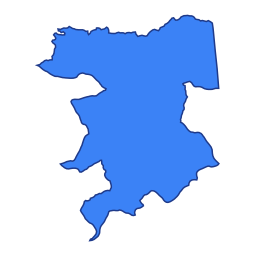 the district of Águas Vermelhas, Minas Gerais, Brazil
{"feature_id": "56859067B86331231405573", "entity_name": "Águas Vermelhas", "entity_type": "district", "adm_level": 2, "iso_a3": "BRA", "parent_name": "Brazil", "parent_adm1": "Minas Gerais", "projection": "mercator", "projection_center": [-41.555, -15.724], "detail": "fine", "context": "isolated", "style": "filled", "palette": "blue", "viewbox_px": 256, "rotation_deg": 0, "n_neighbors": 0, "source": "geoboundaries", "source_scale": "gbopen_adm2", "svg_char_len": 5684}
<svg xmlns="http://www.w3.org/2000/svg" viewBox="0 0 256 256"><path d="M208.3,20.6L206.4,21.5L204.3,21.0L202.4,20.5L200.5,20.9L198.9,19.7L197.1,19.5L195.4,19.1L194.3,17.4L192.8,16.3L191.5,15.9L189.8,15.9L187.5,15.4L185.9,15.6L183.9,15.7L182.3,16.4L180.9,17.1L179.9,18.5L178.7,19.4L177.2,20.1L175.5,20.1L173.6,17.8L171.9,18.2L171.1,19.3L169.9,20.5L168.6,22.2L166.8,23.6L165.1,24.3L164.1,26.1L162.0,27.0L160.3,27.7L159.7,29.2L158.5,30.7L156.4,30.1L154.6,29.4L152.8,29.9L151.4,30.9L150.2,31.8L149.2,32.8L148.1,34.2L147.2,35.7L145.7,36.2L143.8,35.8L142.0,35.3L140.1,35.7L137.8,36.4L136.8,35.1L135.9,33.9L135.4,32.0L133.0,32.2L131.1,32.9L129.1,32.5L127.0,32.7L125.1,33.7L123.5,32.9L122.1,32.8L120.3,32.9L118.7,32.3L117.1,32.7L115.3,33.5L113.3,33.5L111.3,33.4L108.7,32.9L108.8,31.2L108.5,29.5L107.7,27.9L106.6,27.2L104.5,28.9L103.0,29.2L101.1,29.7L99.7,28.3L98.0,27.9L96.5,28.0L96.1,29.6L94.5,29.9L92.8,30.5L91.0,31.5L90.1,33.4L88.6,34.6L87.9,33.2L87.7,31.1L85.8,31.4L84.4,30.4L82.7,29.8L80.5,29.8L78.7,29.8L75.7,29.5L74.3,28.8L72.6,28.5L71.0,27.5L69.2,26.5L67.7,27.9L65.9,28.2L63.8,28.0L62.1,28.7L60.5,29.4L58.0,29.0L58.4,30.9L59.9,31.1L61.2,32.6L63.3,31.8L64.9,33.2L64.6,34.8L62.3,35.0L60.4,34.7L58.9,34.6L57.4,34.2L56.1,33.0L54.7,33.4L53.6,34.9L54.9,36.5L55.8,38.1L55.4,39.3L54.2,40.0L52.8,40.1L51.9,41.4L53.0,43.0L54.5,44.1L55.4,45.1L55.6,47.3L54.5,49.1L54.3,51.2L54.0,53.2L53.2,55.1L52.0,56.4L52.3,58.0L52.2,59.8L49.9,59.9L48.1,60.6L46.4,60.1L44.6,60.7L43.0,62.1L41.4,63.0L40.0,64.5L37.1,65.3L39.0,66.1L40.1,67.0L41.4,68.2L43.4,69.8L45.4,71.0L47.3,71.7L49.9,73.7L51.6,74.7L53.6,75.7L55.0,76.3L56.4,76.4L57.7,76.4L61.0,77.2L62.7,77.6L64.1,77.7L65.7,77.9L70.2,78.2L71.8,78.2L73.5,78.1L75.2,77.7L76.7,77.1L77.8,75.5L78.8,74.4L80.4,73.5L82.5,73.0L84.2,73.4L85.9,74.1L88.1,74.3L90.1,74.7L92.0,75.5L93.5,76.8L96.5,80.0L98.2,81.4L99.3,82.5L100.1,83.9L101.1,85.0L102.0,86.4L103.7,87.6L106.0,88.7L105.5,90.2L103.6,90.7L102.1,91.8L100.6,92.6L99.2,93.5L98.0,94.5L96.4,95.8L94.2,96.0L92.3,95.8L90.2,96.1L88.8,96.5L87.2,96.8L84.3,97.6L80.8,98.8L78.9,99.4L76.7,99.4L74.8,99.3L73.0,99.6L71.8,100.2L71.0,101.6L71.7,103.5L72.8,105.2L74.4,108.0L75.6,110.8L76.2,112.0L77.0,113.0L78.2,114.3L79.3,115.9L80.5,119.7L81.1,121.1L81.5,122.6L82.3,123.6L83.4,124.3L84.9,124.5L86.3,125.5L87.2,127.3L88.1,129.0L88.8,133.8L86.8,135.1L85.5,136.1L84.6,137.5L83.8,139.4L83.2,141.3L82.7,142.8L81.9,145.5L81.2,146.8L79.6,150.7L77.9,153.6L76.1,156.9L75.3,158.7L74.1,160.4L72.6,161.1L70.5,160.8L66.8,161.6L65.1,162.4L63.4,163.1L60.4,164.0L61.8,165.6L63.2,166.6L64.5,167.7L66.6,168.7L68.6,168.9L70.7,168.5L72.8,168.2L75.2,168.2L77.0,168.6L78.2,169.3L79.0,170.5L79.7,171.9L81.2,172.1L82.9,171.2L84.8,169.8L86.5,169.2L87.6,168.3L88.6,166.9L90.3,166.2L91.7,165.6L94.4,163.6L95.9,163.0L97.3,162.3L99.0,161.5L100.2,160.4L101.5,160.3L101.7,161.7L101.8,163.8L103.3,165.7L103.2,167.7L104.0,169.4L105.6,170.4L105.8,172.1L104.9,173.4L104.7,175.1L105.3,176.8L106.1,178.0L107.1,179.1L108.4,180.2L110.0,180.9L111.0,184.4L111.3,185.8L111.3,187.5L110.5,189.2L109.8,190.7L107.8,190.4L105.4,190.9L104.0,191.5L102.9,192.3L101.1,193.6L99.3,193.5L97.2,194.6L95.4,195.0L94.5,196.4L93.2,197.3L91.7,197.9L90.4,198.3L90.1,199.8L88.6,200.6L86.9,200.9L85.7,200.5L84.4,201.5L83.9,203.7L83.1,205.5L82.3,206.8L81.3,208.5L80.5,210.4L81.2,211.9L83.7,215.5L84.6,217.1L85.3,218.7L88.5,221.9L89.7,222.9L91.2,223.5L92.6,224.4L93.8,225.9L96.0,229.5L96.6,231.6L96.1,233.9L94.6,235.9L93.3,237.3L92.3,238.5L90.5,239.2L89.8,240.6L92.0,240.3L94.1,239.4L96.3,237.7L98.0,236.3L98.9,234.7L99.6,233.0L99.8,229.8L100.1,228.4L100.6,226.8L101.5,225.3L102.7,223.8L104.3,221.7L106.1,217.9L107.0,216.5L107.9,214.8L108.8,211.7L110.0,210.9L111.4,210.7L113.1,210.4L114.5,210.4L116.0,210.6L118.0,210.6L119.5,210.0L121.3,210.4L123.1,211.3L124.2,212.1L126.0,213.0L128.3,213.2L129.6,213.7L130.9,214.6L132.0,215.3L133.7,215.5L135.2,215.0L134.8,213.7L134.6,212.1L135.5,209.7L137.1,208.5L138.7,208.2L140.0,208.0L141.7,207.1L143.4,205.8L143.0,204.5L141.9,203.8L140.8,202.4L139.8,200.5L142.0,198.3L142.7,197.3L143.4,196.1L144.6,194.9L146.4,194.6L147.6,194.0L149.3,192.6L150.6,191.2L151.8,190.7L153.7,190.9L155.2,191.6L156.4,192.5L157.8,193.8L159.2,195.3L160.7,196.6L162.1,197.8L162.9,198.8L163.6,200.0L164.8,201.3L166.3,202.2L167.9,202.4L169.9,201.8L171.7,200.8L173.4,199.7L174.6,198.8L175.6,197.8L176.9,196.6L178.4,194.8L180.1,191.9L181.1,190.9L183.2,188.2L184.6,187.1L186.0,186.4L187.4,185.8L188.7,185.3L189.0,183.1L190.0,181.2L191.6,180.2L192.9,179.8L194.6,179.7L196.8,179.9L197.3,177.9L196.7,175.9L196.5,173.9L196.7,172.6L197.4,171.5L198.8,170.2L200.5,169.3L202.1,168.7L206.2,166.8L207.5,166.3L209.0,166.1L210.4,166.7L211.7,166.9L213.6,166.6L215.7,166.0L216.9,165.5L218.1,164.7L218.9,163.6L216.0,160.8L214.9,159.6L213.9,158.3L213.3,156.9L212.8,155.7L212.4,153.5L212.1,149.7L211.1,147.1L209.8,145.3L208.4,143.5L207.2,142.1L206.1,140.6L204.0,137.1L203.0,135.9L202.3,134.8L201.1,133.5L199.0,132.5L197.1,132.4L195.7,132.7L194.3,132.7L192.9,132.2L190.7,132.0L189.1,130.9L187.5,129.3L185.4,126.2L183.8,124.4L182.2,123.0L180.6,122.3L180.8,120.9L180.5,119.3L181.1,117.9L181.3,116.4L181.6,115.0L182.2,113.8L182.6,112.3L183.0,110.6L184.0,109.6L184.2,107.9L183.6,105.8L183.9,103.8L184.8,102.4L185.5,101.1L185.9,99.6L186.5,98.3L187.4,96.9L186.3,95.4L185.9,94.0L185.7,90.8L185.0,89.3L185.2,87.7L185.0,85.6L183.5,85.1L182.9,83.8L184.0,83.1L185.5,82.7L187.6,81.9L189.8,81.4L191.6,82.7L192.8,84.6L194.0,86.1L195.2,86.7L196.6,86.7L197.9,86.6L200.1,86.7L202.0,87.3L203.4,88.1L204.6,88.7L206.7,89.2L208.6,89.4L210.5,89.4L212.2,89.3L215.4,88.4L217.0,88.3L218.7,88.3L217.1,68.5L215.2,50.6L213.4,31.6L213.0,27.8L212.3,23.1L210.7,21.9L208.3,20.6Z" fill="#3b82f6" stroke="#1e3a8a" stroke-width="1.5"/></svg>